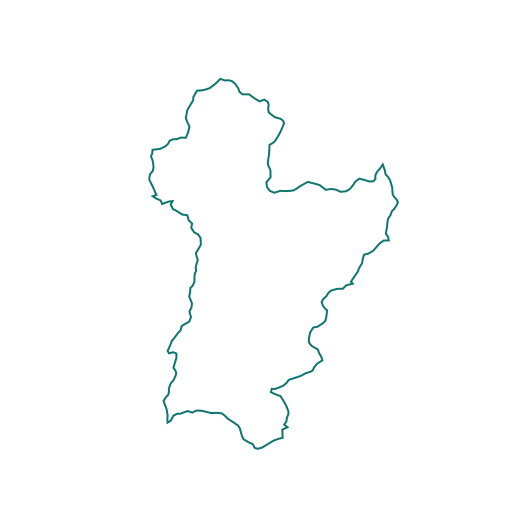 Israelândia, Goiás, Brazil (orthographic projection), rotated 63°
{"feature_id": "56859067B28131609505827", "entity_name": "Israelândia", "entity_type": "district", "adm_level": 2, "iso_a3": "BRA", "parent_name": "Brazil", "parent_adm1": "Goiás", "projection": "orthographic", "projection_center": [-50.88, -16.355], "detail": "fine", "context": "isolated", "style": "outline", "palette": "teal", "viewbox_px": 512, "rotation_deg": 63, "n_neighbors": 0, "source": "geoboundaries", "source_scale": "gbopen_adm2", "svg_char_len": 3688}
<svg xmlns="http://www.w3.org/2000/svg" viewBox="0 0 512 512"><g transform="rotate(63 256 256)"><path d="M232.0,101.5L234.1,105.2L236.2,110.4L238.8,113.4L241.6,114.6L242.7,117.5L240.9,121.4L237.1,125.2L234.0,128.8L234.8,133.7L237.0,137.5L238.9,141.8L239.2,146.5L237.2,151.5L233.0,154.8L230.2,159.0L228.7,163.8L224.9,165.6L222.0,166.9L218.9,170.1L213.5,176.2L213.7,182.6L214.0,186.6L214.5,189.7L214.5,193.0L213.5,195.9L211.1,201.2L209.0,204.7L207.9,211.0L204.1,214.2L199.6,214.9L194.9,213.2L192.7,207.5L189.5,205.8L186.5,204.4L183.5,204.0L180.3,204.0L177.3,202.6L172.9,199.3L170.1,197.5L166.8,195.6L163.1,193.5L162.9,189.4L162.1,186.7L159.4,182.2L157.3,179.0L154.0,174.8L150.7,170.9L148.0,170.4L145.0,171.7L140.9,176.2L136.8,178.2L133.9,179.4L131.0,178.7L126.8,176.0L123.9,175.6L120.5,177.6L119.8,182.7L115.1,185.6L108.8,188.8L105.8,194.6L102.4,196.2L98.7,195.7L93.4,196.3L89.2,198.1L86.8,200.9L85.5,204.0L82.0,207.4L84.1,213.9L85.4,221.1L84.7,225.7L83.7,229.4L81.9,233.4L83.6,236.2L85.9,239.6L88.8,241.4L91.7,246.1L94.9,251.1L97.9,253.3L100.9,255.8L104.9,256.4L110.7,256.6L113.6,259.1L116.4,261.9L118.8,264.9L116.4,269.2L115.9,273.4L114.4,276.8L114.1,280.6L116.1,283.4L117.1,286.9L117.0,292.9L114.4,300.0L117.3,301.7L119.6,304.4L123.4,304.7L126.3,305.4L130.7,307.2L133.4,309.4L134.7,312.7L136.9,314.9L139.9,316.5L143.8,316.5L147.6,316.5L156.4,317.1L155.9,320.9L159.1,319.1L163.2,315.8L167.1,316.0L167.5,311.7L168.1,308.3L169.2,305.5L171.3,308.6L176.4,308.7L180.2,306.0L185.5,303.0L188.5,298.7L193.7,299.8L198.1,298.2L201.5,300.9L206.7,300.4L210.6,297.8L214.7,297.2L220.9,300.0L223.6,304.2L226.2,308.3L229.1,309.0L233.3,309.8L236.1,312.7L239.1,315.1L242.0,316.0L243.7,318.3L246.5,320.2L251.0,322.6L253.7,325.9L254.6,328.9L257.9,330.9L261.8,333.9L266.2,334.3L269.2,334.6L272.5,336.8L275.4,340.6L281.0,341.7L284.1,345.3L284.4,350.7L284.7,354.1L288.2,357.2L289.2,360.6L291.7,365.4L293.2,369.2L295.8,372.2L298.1,374.8L300.4,377.8L303.2,377.7L304.2,373.4L306.7,371.2L310.6,373.1L312.6,375.1L315.1,377.5L318.1,380.3L321.6,379.8L324.7,380.5L327.0,383.0L329.1,385.7L331.0,390.2L334.7,393.9L337.8,395.4L339.9,397.3L340.9,400.2L343.0,404.1L347.1,404.7L351.8,405.2L357.6,407.0L360.7,408.8L364.3,410.5L364.1,406.8L360.7,402.0L360.8,397.8L362.2,395.1L362.5,392.1L363.1,387.4L366.6,383.8L366.6,379.4L368.7,375.6L370.6,373.0L372.5,370.8L375.4,367.5L378.4,361.3L380.7,357.9L384.3,356.2L388.1,355.0L398.9,348.9L402.4,348.7L410.4,350.3L413.6,350.3L419.1,346.9L422.2,344.2L426.3,344.3L428.5,342.1L429.5,337.7L428.8,329.1L428.5,323.9L429.2,318.4L430.1,314.8L426.8,313.3L422.6,311.4L422.9,305.7L419.1,307.4L417.3,304.1L414.0,301.8L411.9,299.2L409.3,297.7L403.8,297.1L399.1,297.2L392.0,297.8L387.5,301.9L384.1,304.5L381.5,302.3L383.1,299.4L383.6,295.6L383.9,290.5L383.0,286.4L381.2,283.1L382.0,278.2L383.2,270.4L383.0,265.2L383.8,260.5L383.8,257.5L381.7,255.0L379.7,250.4L379.1,244.2L374.7,243.5L371.9,243.9L367.2,243.4L363.9,245.7L361.2,247.3L357.2,248.1L353.8,246.5L350.7,244.1L348.6,242.3L345.7,237.4L346.9,233.6L346.6,230.2L346.3,226.9L345.2,223.6L342.7,221.4L339.7,219.3L336.8,217.3L333.7,218.5L330.3,218.9L326.9,218.5L324.8,215.6L324.0,212.0L321.6,207.9L320.9,204.7L322.2,198.3L324.6,193.5L323.1,189.2L323.6,186.4L324.6,182.3L321.9,183.0L317.8,175.4L316.2,172.4L313.6,169.7L310.5,164.7L306.4,161.6L303.9,159.2L304.9,154.5L304.6,149.2L302.5,144.2L301.0,140.4L300.2,135.2L302.4,130.7L299.0,129.6L295.1,130.2L291.5,127.5L288.8,125.5L286.4,124.1L282.9,121.6L280.5,117.5L277.8,114.6L276.9,111.8L274.6,107.6L272.6,105.2L269.8,105.1L266.2,106.0L263.3,106.3L260.4,105.1L257.0,103.6L252.6,102.7L249.5,102.2L245.5,102.4L242.1,103.5L238.5,102.4L232.0,101.5Z" fill="none" stroke="#0f766e" stroke-width="2"/></g></svg>